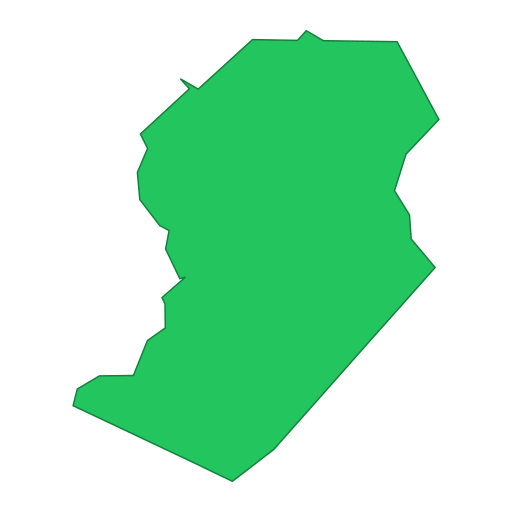 the district of Hall, Georgia, United States of America
{"feature_id": "52423323B32051249133374", "entity_name": "Hall", "entity_type": "district", "adm_level": 2, "iso_a3": "USA", "parent_name": "United States of America", "parent_adm1": "Georgia", "projection": "equal_earth", "projection_center": [-83.865, 34.306], "detail": "fine", "context": "isolated", "style": "filled", "palette": "green", "viewbox_px": 512, "rotation_deg": 0, "n_neighbors": 0, "source": "geoboundaries", "source_scale": "gbopen_adm2", "svg_char_len": 612}
<svg xmlns="http://www.w3.org/2000/svg" viewBox="0 0 512 512"><path d="M73.1,405.7L145.9,440.1L194.4,463.0L214.4,472.7L232.4,481.3L273.6,449.6L309.8,408.8L324.4,392.3L372.8,337.6L403.0,303.7L435.1,267.5L411.2,239.0L409.5,214.9L394.5,190.7L406.0,154.2L438.9,119.5L397.1,41.7L323.3,40.7L306.3,30.7L297.4,40.4L252.5,39.6L198.2,89.1L180.3,78.8L189.4,88.8L140.4,134.0L147.6,148.4L137.4,172.4L139.8,199.6L159.7,225.5L169.1,230.6L165.6,249.0L179.8,278.7L185.4,277.1L162.0,297.6L165.0,304.0L165.3,327.9L147.4,340.6L133.4,375.5L99.4,375.9L77.3,389.0L73.1,405.7Z" fill="#22c55e" stroke="#15803d" stroke-width="1.5"/></svg>